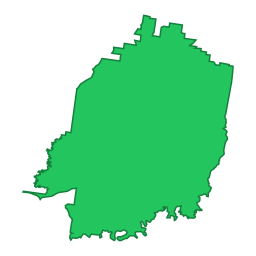 outline of Nillumbik, Victoria, Australia
{"feature_id": "25037944B37493883083174", "entity_name": "Nillumbik", "entity_type": "district", "adm_level": 2, "iso_a3": "AUS", "parent_name": "Australia", "parent_adm1": "Victoria", "projection": "mercator", "projection_center": [145.196, -37.615], "detail": "fine", "context": "isolated", "style": "filled", "palette": "green", "viewbox_px": 256, "rotation_deg": 0, "n_neighbors": 0, "source": "geoboundaries", "source_scale": "gbopen_adm2", "svg_char_len": 5850}
<svg xmlns="http://www.w3.org/2000/svg" viewBox="0 0 256 256"><path d="M70.8,240.1L71.4,239.6L72.2,237.7L75.9,238.3L78.0,237.9L79.8,236.8L80.2,237.1L80.4,237.7L80.8,237.8L81.9,235.6L83.3,234.2L84.1,233.9L84.9,234.0L88.8,237.0L89.6,237.2L90.6,235.0L91.4,234.2L98.2,235.0L99.2,234.7L99.6,235.1L99.8,237.7L100.3,237.8L101.8,236.9L100.8,233.8L102.3,232.2L102.6,230.5L103.2,230.1L105.3,231.1L107.5,230.6L108.4,232.1L109.1,232.4L110.9,231.8L111.8,232.0L112.0,232.9L110.2,234.7L110.5,236.0L110.3,237.5L111.0,238.5L114.2,240.5L114.7,240.2L115.1,239.5L115.1,237.4L114.7,235.3L114.9,233.7L115.9,231.8L117.2,230.7L120.4,231.4L121.3,231.1L122.8,230.1L124.4,230.0L126.0,230.9L126.9,232.3L126.5,234.0L124.0,235.5L120.8,236.8L118.9,236.7L117.8,237.0L117.0,238.2L117.1,238.7L119.2,240.6L120.9,240.6L124.8,238.7L127.2,238.4L129.2,236.4L130.2,235.8L134.0,235.8L136.9,238.1L137.4,237.2L136.2,236.2L135.0,233.1L135.5,232.3L136.3,231.8L141.3,231.6L143.1,233.4L143.5,234.5L145.2,235.8L145.8,235.7L146.4,235.0L145.9,233.1L144.6,232.4L144.3,231.8L145.4,230.4L145.7,229.4L145.7,228.5L144.3,227.9L141.7,227.8L141.5,226.6L141.6,224.8L140.4,222.7L140.7,222.0L141.7,221.4L142.8,222.5L144.8,225.9L145.3,226.3L145.9,226.3L146.8,224.3L146.2,222.1L146.1,221.1L146.4,220.5L148.8,222.0L150.2,222.1L150.9,221.2L151.0,220.1L153.9,218.9L154.7,216.9L155.4,216.4L155.7,214.5L154.5,213.3L154.5,212.6L157.1,212.5L158.6,210.8L160.4,210.8L161.2,210.2L162.1,211.1L164.0,210.3L165.5,208.6L164.9,208.1L163.6,208.7L163.2,207.5L163.7,206.7L166.9,207.1L167.4,208.3L167.2,211.2L167.4,211.6L168.6,211.9L169.3,212.6L166.9,217.8L170.1,217.8L170.3,215.9L170.5,215.6L171.5,215.5L173.2,216.0L174.4,217.4L174.2,220.0L174.7,220.5L176.3,218.8L177.2,217.0L175.8,216.4L175.7,214.1L174.3,212.3L174.2,211.3L175.2,209.8L175.3,208.7L175.9,207.6L177.2,206.5L179.7,206.4L181.0,206.0L180.2,210.1L179.6,211.1L178.7,211.4L178.8,212.0L179.1,212.3L179.8,212.3L180.4,211.6L180.9,211.5L181.6,212.4L180.4,213.5L180.4,214.1L183.3,215.1L183.5,216.1L185.9,215.1L187.4,216.8L188.1,217.0L187.4,217.7L188.2,218.5L189.2,217.9L193.8,218.1L195.0,217.5L195.3,216.5L194.3,215.4L195.0,214.7L194.2,214.3L194.9,213.7L194.3,211.8L194.8,211.8L196.1,212.6L196.4,212.0L196.3,211.5L195.1,211.4L195.0,211.1L196.2,210.9L195.9,210.2L196.3,209.6L196.7,209.5L197.1,210.0L198.0,209.7L199.7,210.7L200.8,210.1L201.7,210.5L201.9,210.1L201.6,209.4L200.8,209.6L200.5,209.3L196.8,203.4L197.0,202.4L199.1,201.6L199.7,200.8L199.9,197.9L198.3,196.6L199.1,196.0L205.0,193.9L206.3,194.8L206.6,196.2L208.1,196.7L208.4,192.6L209.8,191.5L211.3,187.8L209.1,185.9L208.7,183.9L209.2,183.3L208.3,182.5L208.4,181.3L208.0,180.5L207.7,178.8L209.2,177.6L210.5,172.0L211.3,170.3L213.5,169.3L213.8,168.3L215.1,167.7L215.8,166.9L217.0,164.8L218.5,164.4L219.0,163.2L218.9,161.3L219.5,160.6L219.5,159.2L219.9,158.1L223.2,155.1L224.2,153.9L223.7,150.3L225.4,142.2L227.4,139.3L227.3,137.3L225.7,134.9L227.0,131.5L225.4,129.7L223.3,128.6L224.3,127.8L224.7,127.8L225.1,127.4L225.9,127.2L225.9,126.8L225.2,125.4L226.2,122.6L225.9,120.7L226.1,119.8L224.8,117.1L225.0,115.5L225.6,114.5L231.6,81.9L232.7,72.0L233.0,66.2L229.0,65.7L229.2,64.6L220.0,62.8L219.6,65.3L215.4,64.8L214.4,62.6L213.6,61.9L209.2,61.3L210.1,55.1L206.0,54.6L206.4,52.0L200.8,51.2L201.1,48.6L195.0,48.1L196.1,47.5L196.6,46.6L189.7,45.7L190.5,44.8L192.7,43.7L196.0,40.0L184.3,38.4L184.9,33.6L182.0,33.2L181.7,32.4L181.3,32.3L182.4,25.0L169.7,23.1L169.1,27.1L163.4,26.3L161.3,27.4L159.9,36.8L152.4,35.7L153.2,33.0L153.9,32.7L155.9,19.1L149.6,18.2L149.9,16.6L146.7,16.2L146.7,15.8L143.7,15.4L142.4,23.2L140.8,25.2L141.3,26.2L141.3,27.5L140.8,28.1L141.2,28.8L141.0,29.4L137.9,28.8L134.5,33.9L141.0,35.2L140.2,41.5L134.8,40.3L135.2,42.1L136.0,43.5L136.0,45.2L124.3,43.4L123.6,48.6L113.7,47.3L113.8,50.2L111.8,53.2L120.8,54.5L119.9,61.0L101.9,58.5L100.6,61.5L98.6,64.4L96.0,65.9L94.1,68.3L92.8,69.0L92.7,69.5L94.1,71.7L91.4,77.6L86.1,80.4L80.5,84.1L78.1,87.8L76.9,88.6L70.9,132.6L65.9,131.9L65.4,135.3L61.5,134.9L61.7,135.7L60.9,137.0L61.0,138.1L61.5,138.1L61.5,138.6L59.9,138.2L59.4,139.3L58.8,139.8L57.3,139.0L56.3,139.1L55.0,140.0L55.1,140.5L56.0,141.4L55.8,142.1L54.4,142.0L53.3,142.8L51.9,142.6L52.0,143.1L53.5,143.6L53.8,144.0L53.5,144.3L52.0,144.5L52.0,145.0L52.6,145.6L52.6,146.0L51.6,147.6L51.4,148.5L52.0,148.7L52.5,148.1L52.9,148.1L52.5,149.5L51.2,150.5L48.9,149.8L47.3,149.0L47.0,149.4L47.5,150.1L46.8,150.7L47.4,151.1L49.0,150.9L48.9,151.3L47.8,152.8L48.2,154.1L49.7,154.9L49.6,155.9L48.8,156.2L48.8,156.6L50.7,157.6L51.1,158.2L50.8,158.5L49.2,158.4L48.0,159.6L48.8,160.4L48.4,161.2L49.0,161.6L50.7,161.8L51.0,162.4L50.5,162.9L49.2,163.0L47.4,161.7L47.1,163.5L47.5,164.0L48.7,163.9L50.0,164.7L51.2,166.6L50.8,166.9L48.6,165.5L48.2,165.5L47.6,166.5L47.9,168.4L48.4,169.0L48.3,169.3L47.1,169.5L46.2,170.7L45.3,170.2L44.2,170.4L43.9,170.8L43.7,172.1L43.3,172.4L42.4,171.8L42.9,170.6L42.7,170.1L42.2,169.8L41.9,170.2L41.8,171.0L40.9,172.0L40.5,171.2L39.0,171.1L38.1,172.0L40.0,172.9L40.3,174.5L40.1,174.7L39.3,174.4L38.4,175.0L37.9,175.8L36.8,175.0L35.6,176.2L34.4,176.3L34.5,177.1L36.3,177.7L36.1,179.1L37.6,179.7L38.0,180.8L37.9,181.2L36.7,180.8L35.7,180.9L35.7,181.8L36.6,183.1L36.3,183.8L34.8,182.9L34.1,183.1L34.2,183.4L34.9,183.8L35.0,184.5L34.7,186.2L35.3,186.9L36.2,187.1L39.8,185.4L39.9,186.0L39.0,186.7L38.8,187.2L39.6,187.3L42.3,186.6L43.6,187.0L44.7,187.9L46.0,187.5L47.1,187.7L48.3,188.8L47.1,189.4L47.5,190.4L47.1,191.2L47.0,192.4L46.1,193.2L45.5,194.3L23.7,191.3L23.4,191.3L23.0,192.0L29.7,192.8L37.4,195.8L39.2,197.4L40.2,199.5L41.2,198.2L42.5,197.4L51.1,196.3L52.8,195.7L57.5,193.0L58.9,192.5L67.2,191.3L72.1,188.7L76.4,188.3L74.1,204.8L67.9,204.0L65.4,205.7L65.6,206.8L65.5,207.9L67.0,209.0L68.8,212.8L69.3,215.5L70.5,217.3L71.8,218.4L72.0,219.6L72.3,219.7L71.3,224.6L70.2,232.2L72.2,233.2L71.3,233.3L70.4,234.2L69.7,237.7L70.8,240.1Z" fill="#22c55e" stroke="#15803d" stroke-width="1.5"/></svg>